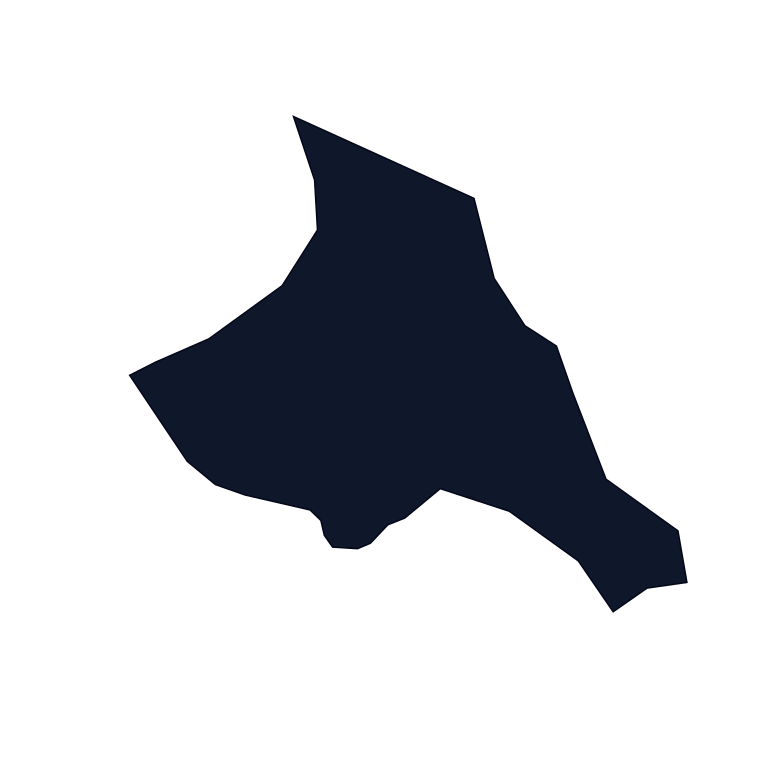 the District of Grand Port, rotated 74°
{"feature_id": "MUS-5185", "entity_name": "Grand Port", "entity_type": "District", "adm_level": 1, "iso_a3": "MUS", "parent_name": "Mauritius", "parent_adm1": "", "projection": "albers", "projection_center": [57.689, -20.397], "detail": "fine", "context": "isolated", "style": "filled", "palette": "ink", "viewbox_px": 768, "rotation_deg": 74, "n_neighbors": 0, "source": "natural_earth", "source_scale": "10m", "svg_char_len": 554}
<svg xmlns="http://www.w3.org/2000/svg" viewBox="0 0 768 768"><g transform="rotate(74 384 384)"><path d="M658.2,147.5L652.7,187.4L666.1,226.5L607.6,246.0L540.9,298.6L500.1,358.8L518.6,401.0L520.4,419.1L533.3,440.9L535.0,454.9L526.6,478.4L513.0,483.1L497.8,482.3L484.7,489.8L452.5,548.0L434.2,573.8L404.2,594.4L305.5,626.1L300.0,597.6L292.3,539.9L261.4,454.8L217.6,405.5L168.8,394.5L101.9,397.3L230.4,246.3L312.8,249.0L366.8,232.5L395.1,207.8L444.0,205.0L536.7,196.8L606.2,141.9L658.2,147.5Z" fill="#0f172a" stroke="#020617" stroke-width="1.5"/></g></svg>